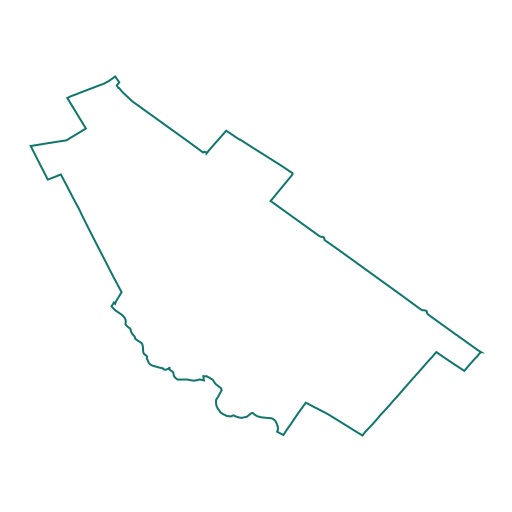 Berceni, Ilfov, Romania
{"feature_id": "2599482B94303323643725", "entity_name": "Berceni", "entity_type": "district", "adm_level": 2, "iso_a3": "ROU", "parent_name": "Romania", "parent_adm1": "Ilfov", "projection": "natural_earth1", "projection_center": [26.206, 44.313], "detail": "fine", "context": "isolated", "style": "outline", "palette": "teal", "viewbox_px": 512, "rotation_deg": 0, "n_neighbors": 0, "source": "geoboundaries", "source_scale": "gbopen_adm2", "svg_char_len": 3529}
<svg xmlns="http://www.w3.org/2000/svg" viewBox="0 0 512 512"><path d="M362.4,435.5L364.8,432.4L366.9,430.2L367.6,429.5L370.3,426.5L372.2,424.6L374.8,421.7L378.0,418.0L378.9,416.9L380.0,415.5L381.1,414.3L382.0,413.4L383.5,411.8L385.5,409.6L389.4,405.3L393.1,401.0L395.2,398.7L398.8,394.7L400.9,392.2L403.0,389.8L405.3,387.2L407.8,384.3L409.1,382.9L410.0,381.8L413.1,378.2L414.1,377.2L414.3,377.0L414.6,376.7L415.4,375.7L417.8,373.0L420.3,370.2L422.8,367.4L424.6,365.3L428.5,360.9L432.3,356.8L435.2,353.3L436.3,352.1L448.4,360.4L464.3,370.9L467.4,367.2L469.6,364.6L469.8,364.4L475.5,358.0L477.0,356.7L479.2,353.8L479.9,352.9L481.2,352.3L481.3,352.3L480.1,351.6L479.9,351.4L477.9,350.2L473.4,347.0L463.8,340.1L462.3,339.0L459.3,336.9L456.5,334.8L456.2,334.7L456.2,334.8L456.0,334.7L455.3,334.1L455.1,334.0L451.3,331.2L437.2,321.1L436.5,320.6L430.2,316.0L427.5,314.0L427.2,313.2L426.9,311.8L426.5,311.1L425.5,310.5L423.5,310.2L422.5,310.3L421.3,309.7L419.8,308.7L402.3,295.9L359.1,264.7L337.2,248.9L324.8,240.2L324.4,239.6L324.3,238.2L324.1,237.8L323.6,237.2L322.6,236.8L322.2,236.9L321.5,236.9L320.2,236.5L319.4,236.1L270.6,201.0L291.9,175.2L292.6,173.9L292.5,173.2L280.7,165.3L266.9,156.6L253.2,148.0L240.0,139.5L239.6,139.7L226.2,130.7L217.3,140.9L215.0,143.4L208.5,150.9L206.5,153.5L206.4,152.7L206.2,152.3L205.5,152.1L204.6,151.9L204.0,151.9L203.5,152.1L203.1,152.5L188.7,141.9L132.1,101.2L131.1,100.2L122.5,92.1L122.0,91.6L121.7,91.1L119.1,88.1L118.2,87.8L116.8,85.3L119.3,82.3L115.1,76.5L109.4,80.7L103.7,83.8L97.1,86.2L92.2,88.1L88.0,89.7L80.9,92.4L75.9,94.4L74.5,94.9L72.3,95.7L70.3,96.5L67.3,98.0L85.9,128.5L72.7,136.5L66.5,140.3L48.6,143.1L30.7,146.0L39.0,162.4L47.8,179.6L60.9,174.5L67.9,187.9L74.6,200.8L78.8,208.5L81.9,215.1L89.9,231.1L95.5,242.0L102.7,256.0L112.4,275.0L121.6,292.2L116.1,301.2L115.1,303.9L114.4,303.4L113.9,302.6L111.5,306.4L114.7,309.7L115.7,310.7L117.7,311.9L122.5,315.3L124.7,317.9L125.6,320.1L125.8,321.8L125.6,322.7L125.5,324.2L126.2,325.3L128.0,327.0L130.2,328.6L130.6,329.9L131.0,331.4L131.8,333.3L132.4,334.2L133.6,335.3L134.5,336.4L135.0,337.5L135.1,338.1L135.4,338.9L135.9,339.3L137.5,340.5L140.0,342.0L141.1,342.7L141.8,343.4L142.2,344.0L142.3,344.2L142.4,344.8L142.8,346.0L143.0,348.0L143.1,350.5L143.2,351.9L143.5,352.8L144.0,353.7L144.5,354.3L145.3,355.0L146.3,355.6L147.1,356.6L146.9,358.2L146.9,358.8L147.5,359.6L148.1,361.5L148.8,362.9L150.0,364.3L152.3,365.6L154.4,366.2L158.3,367.3L160.0,367.7L161.6,368.1L162.7,368.2L163.3,368.9L163.7,369.3L165.6,369.8L168.7,368.6L169.1,367.9L169.6,368.1L169.1,368.8L169.0,369.2L173.0,372.1L173.7,374.4L173.8,375.9L175.5,378.0L177.2,379.3L177.8,379.6L187.3,379.5L190.1,380.1L194.0,380.7L196.0,380.3L196.7,380.3L198.2,379.9L199.5,379.4L203.6,380.3L203.9,380.4L203.3,376.2L206.9,376.3L207.1,376.6L208.5,377.2L212.7,379.7L214.8,382.9L215.2,383.5L216.3,384.6L221.0,388.2L221.7,390.2L218.5,396.0L216.1,399.9L216.0,402.2L216.4,405.9L216.8,406.5L217.8,408.7L218.7,409.8L219.3,410.5L219.7,411.2L220.5,412.4L221.0,412.8L221.8,413.4L223.2,414.2L224.7,414.9L226.4,415.8L227.0,416.0L227.4,416.0L229.3,416.2L229.9,416.3L230.1,416.4L230.5,416.4L231.0,416.4L231.4,416.2L231.8,416.1L232.3,415.8L233.5,415.3L233.9,415.5L235.6,416.4L238.4,417.3L241.4,417.9L246.8,416.8L250.7,413.7L252.3,412.9L253.2,413.3L254.4,414.5L257.4,416.3L261.7,417.4L271.6,418.3L273.1,419.0L274.9,420.4L276.2,422.3L277.9,426.9L277.9,429.7L277.1,431.7L283.4,435.0L286.7,429.9L290.9,424.0L297.9,413.6L305.8,402.7L328.0,414.2L362.4,435.5Z" fill="none" stroke="#0f766e" stroke-width="2"/></svg>